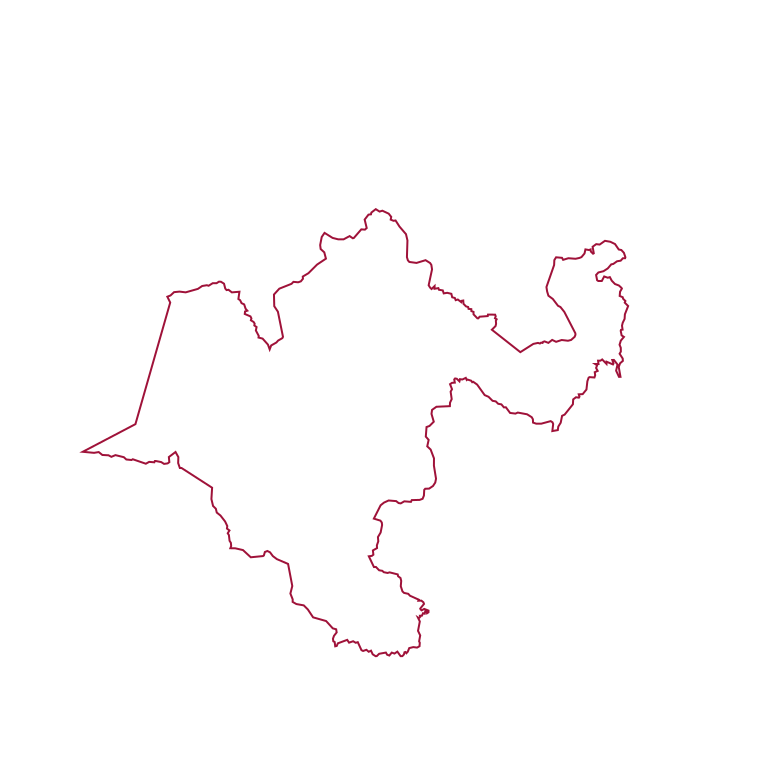 outline of Cohetzala, Puebla, Mexico, rotated 46°
{"feature_id": "50627088B88893827889923", "entity_name": "Cohetzala", "entity_type": "district", "adm_level": 2, "iso_a3": "MEX", "parent_name": "Mexico", "parent_adm1": "Puebla", "projection": "mercator", "projection_center": [-98.761, 18.209], "detail": "fine", "context": "isolated", "style": "outline", "palette": "rose", "viewbox_px": 768, "rotation_deg": 46, "n_neighbors": 0, "source": "geoboundaries", "source_scale": "gbopen_adm2", "svg_char_len": 6165}
<svg xmlns="http://www.w3.org/2000/svg" viewBox="0 0 768 768"><g transform="rotate(46 384 384)"><path d="M176.9,481.2L240.2,590.7L223.5,647.8L232.1,640.4L234.8,636.5L239.4,635.9L243.9,631.7L247.0,630.7L248.6,626.6L255.9,622.0L259.3,621.8L263.3,618.4L263.6,617.0L275.9,610.7L276.9,607.0L280.8,603.6L280.2,602.4L280.8,601.7L285.4,598.5L288.7,597.7L290.8,594.8L291.1,592.7L287.1,589.5L288.1,581.2L293.7,582.7L297.9,587.0L302.6,589.2L303.8,588.0L339.2,579.7L346.9,588.1L353.0,591.7L356.9,591.6L360.3,593.6L365.0,593.0L372.5,593.8L377.3,595.4L378.9,597.4L382.0,596.9L382.8,600.1L384.9,600.5L389.5,604.0L391.9,604.5L394.4,606.5L395.4,608.6L398.9,605.1L405.5,600.8L416.1,600.2L423.7,590.6L423.9,589.5L422.1,586.4L423.1,583.9L425.9,582.9L430.6,583.5L435.6,582.7L446.8,578.0L465.6,590.3L469.7,596.9L475.5,599.3L477.3,601.1L481.4,599.9L487.5,595.5L493.3,595.4L502.6,597.1L514.3,590.3L524.2,590.6L527.2,588.8L529.8,590.6L530.4,594.9L531.8,597.7L533.9,599.2L535.3,598.7L538.8,601.3L539.6,600.0L538.5,597.3L542.5,588.2L545.8,588.8L547.6,584.9L550.5,584.1L551.5,582.2L559.8,585.1L561.5,584.5L563.0,581.3L566.0,581.0L566.8,578.6L570.6,579.9L574.0,579.1L574.7,578.2L574.7,574.9L578.5,569.2L580.9,569.8L583.0,568.8L582.6,565.0L585.2,563.7L585.8,560.3L591.3,561.1L592.5,559.8L592.4,557.6L591.2,555.6L591.7,554.7L593.2,554.9L593.1,552.9L591.5,549.3L593.6,545.7L596.6,543.3L597.3,540.6L595.0,538.0L593.5,537.5L590.0,532.6L585.2,531.0L579.7,523.2L575.5,521.8L576.7,521.5L576.6,519.6L575.7,519.1L577.0,517.6L576.0,515.1L577.5,514.3L575.8,511.7L576.7,511.2L578.8,512.3L579.1,510.6L577.9,509.4L573.7,511.3L573.0,514.1L571.6,514.3L570.7,513.9L570.0,508.0L568.4,507.3L565.8,507.6L563.8,509.8L563.4,508.8L554.3,512.4L551.8,512.3L548.2,514.7L546.0,514.8L541.1,512.4L537.6,508.4L535.0,506.9L532.1,507.4L530.5,506.4L523.4,510.8L522.4,512.7L519.2,514.9L517.2,515.0L514.6,516.9L510.0,516.9L508.7,518.4L497.4,514.6L499.2,512.1L499.4,510.2L496.0,507.6L497.2,503.0L495.1,501.2L493.2,497.4L489.9,494.7L488.5,489.6L484.1,483.3L482.1,481.8L479.8,481.5L473.8,484.8L468.9,470.7L469.3,466.4L471.0,461.6L476.7,456.6L479.8,456.2L481.5,454.9L482.5,450.9L487.5,446.5L486.8,444.7L492.1,438.9L493.4,436.0L492.0,432.8L488.1,428.6L488.0,427.1L490.6,424.2L491.4,419.6L490.5,415.6L488.3,412.4L477.4,404.8L472.2,399.7L463.6,396.0L458.9,396.2L455.2,390.7L450.9,390.5L444.5,383.3L445.8,380.4L445.7,374.4L438.5,370.6L436.0,367.4L436.8,362.1L445.7,352.0L443.3,349.5L441.9,345.8L435.8,341.4L435.0,338.7L430.0,336.6L430.4,334.3L432.2,332.1L429.5,330.3L429.4,329.0L430.8,328.0L434.5,327.9L433.3,326.0L435.2,324.5L436.4,320.9L438.6,321.7L438.7,320.9L442.2,319.0L444.0,319.3L444.4,318.3L449.1,317.4L461.9,319.3L465.8,317.7L471.5,317.6L474.1,315.7L477.6,315.6L480.2,313.7L484.1,314.0L485.4,312.5L492.4,313.4L496.6,310.0L497.5,307.6L505.2,302.1L510.5,300.8L512.8,301.4L515.3,303.6L518.2,302.1L521.8,298.4L526.5,289.9L528.6,289.4L530.3,290.1L534.8,295.6L537.9,291.0L535.7,288.2L534.6,283.8L530.6,278.0L531.5,275.3L529.8,262.2L526.5,258.6L526.9,255.1L529.2,253.3L528.9,252.2L526.7,251.1L529.3,248.1L528.6,242.2L523.3,235.8L521.6,232.4L521.8,231.4L525.5,228.1L524.4,226.0L521.9,224.2L523.0,221.2L519.8,220.3L518.6,217.7L516.3,218.2L518.6,215.8L515.9,213.8L517.6,212.1L517.9,210.0L524.1,210.0L522.6,208.4L529.0,205.7L528.7,204.7L525.3,203.1L526.4,201.9L532.2,202.5L535.7,207.8L542.1,210.0L543.1,208.9L534.8,203.3L533.1,199.8L533.3,196.1L531.5,194.6L525.9,193.5L525.2,191.1L522.4,188.5L519.4,187.3L517.3,183.5L516.8,178.7L514.1,179.3L510.2,176.8L509.7,175.9L510.6,174.6L507.4,172.3L505.8,169.8L504.3,165.7L501.2,162.3L497.5,154.2L492.7,154.3L492.0,152.7L488.8,152.8L487.4,152.0L484.4,153.3L481.6,150.1L480.6,146.6L479.8,146.4L476.3,146.6L472.5,148.4L467.9,148.4L464.0,147.3L463.0,149.2L459.6,150.9L461.2,155.8L458.8,158.3L457.4,158.6L452.9,155.7L452.7,152.3L455.3,147.8L456.3,142.8L455.8,137.4L456.9,135.7L457.6,131.1L459.7,128.1L459.5,124.8L461.0,123.2L460.5,122.3L456.3,120.3L452.5,120.2L450.3,121.7L443.8,120.6L438.9,122.4L434.5,125.6L433.5,132.0L430.8,134.2L430.2,138.6L435.7,142.3L435.5,143.1L432.4,143.2L430.7,141.9L430.0,143.5L427.1,145.6L429.4,149.1L429.9,153.8L429.1,155.8L427.0,159.2L421.6,164.0L419.1,168.9L416.9,168.3L412.4,172.2L413.2,175.4L416.6,179.0L427.1,199.8L430.8,202.4L434.7,204.4L440.1,203.5L448.6,204.5L451.2,203.6L457.4,204.2L480.4,211.1L481.6,212.1L482.5,214.1L482.3,218.8L480.7,221.6L475.8,225.6L473.2,230.9L469.1,232.4L468.6,237.2L464.9,238.9L464.2,240.3L464.6,241.4L463.4,242.2L463.2,243.7L461.4,244.7L458.9,248.7L455.8,263.8L419.9,268.7L419.8,263.5L418.6,261.6L416.2,259.6L415.7,258.0L413.8,258.5L412.9,256.6L411.3,255.9L406.3,261.0L407.2,262.2L402.0,268.5L402.3,270.5L401.6,271.2L396.1,271.2L394.3,269.5L392.3,270.5L390.8,269.2L388.7,271.0L387.1,270.0L385.1,271.1L381.5,271.1L379.0,269.0L378.0,270.5L378.7,271.6L374.5,272.2L373.5,274.2L371.3,273.3L369.0,274.7L365.9,272.9L362.3,275.2L360.3,278.1L357.5,276.7L354.4,279.0L352.8,278.3L350.6,281.5L348.7,279.6L348.7,283.8L346.8,283.9L344.0,283.3L334.9,269.8L331.2,267.2L329.0,266.8L323.8,268.1L319.5,276.5L313.8,281.0L311.6,280.9L308.7,279.4L297.0,267.4L291.5,264.1L281.5,263.5L274.4,262.1L273.2,263.8L270.4,265.0L268.8,262.7L264.7,262.3L258.2,264.8L256.9,267.4L252.5,268.5L251.9,274.0L252.9,275.5L251.4,277.5L252.3,283.7L259.8,288.1L259.7,290.5L257.0,292.9L258.0,304.3L257.5,305.2L253.7,306.0L251.9,312.5L248.2,316.4L243.2,319.5L234.0,321.8L235.0,326.7L239.7,333.4L242.9,335.8L247.8,335.5L253.5,338.7L251.6,349.2L251.8,361.4L250.3,367.8L252.0,369.2L252.4,372.5L251.2,375.1L247.6,378.2L247.7,380.9L242.7,393.1L243.2,401.0L251.8,408.9L258.3,410.1L279.9,423.9L280.4,425.3L279.2,430.0L279.4,432.6L277.9,438.4L279.7,442.2L275.0,440.1L267.0,439.8L263.4,442.0L262.4,440.7L256.5,439.0L254.5,436.1L251.8,436.6L250.7,435.1L248.8,434.7L245.7,435.5L244.7,433.8L242.6,433.1L236.9,435.5L235.3,433.6L236.3,431.4L233.8,431.3L229.6,429.3L226.9,430.3L223.8,429.3L221.7,429.7L217.2,423.9L212.4,429.8L208.2,430.4L207.1,432.0L205.1,431.9L200.7,429.4L197.1,430.3L195.7,431.7L195.2,434.4L192.5,437.2L191.5,441.9L189.9,442.8L187.2,446.7L186.3,451.8L180.3,463.0L175.5,466.9L172.1,471.2L172.0,476.1L170.7,479.2L176.9,481.2Z" fill="none" stroke="#9f1239" stroke-width="2"/></g></svg>